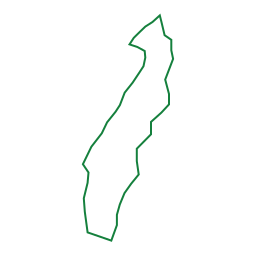 the district of Platanistasa, Nicosia, Cyprus
{"feature_id": "46923920B38913041590387", "entity_name": "Platanistasa", "entity_type": "district", "adm_level": 2, "iso_a3": "CYP", "parent_name": "Cyprus", "parent_adm1": "Nicosia", "projection": "equal_earth", "projection_center": [33.065, 34.986], "detail": "fine", "context": "isolated", "style": "outline", "palette": "green", "viewbox_px": 256, "rotation_deg": 0, "n_neighbors": 0, "source": "geoboundaries", "source_scale": "gbopen_adm2", "svg_char_len": 639}
<svg xmlns="http://www.w3.org/2000/svg" viewBox="0 0 256 256"><path d="M171.3,39.8L164.6,35.2L161.6,22.6L159.8,15.4L152.5,22.0L145.3,26.6L139.8,31.9L133.8,37.8L129.5,44.4L137.4,47.0L144.7,51.0L145.3,57.6L143.5,66.2L139.2,72.8L132.6,82.7L124.7,92.6L119.9,105.1L115.6,111.7L107.1,122.3L101.8,133.3L91.4,146.7L82.9,164.2L88.5,172.5L87.6,182.8L83.8,198.3L84.8,211.7L87.6,232.4L111.3,240.6L116.9,225.1L116.9,214.8L119.8,204.5L124.5,193.1L131.1,183.8L138.7,174.5L136.8,161.1L136.8,148.7L151.0,134.3L151.0,121.9L161.4,112.6L169.0,104.4L169.0,94.0L165.2,79.6L173.1,58.9L171.3,50.3L171.3,39.8Z" fill="none" stroke="#15803d" stroke-width="2"/></svg>